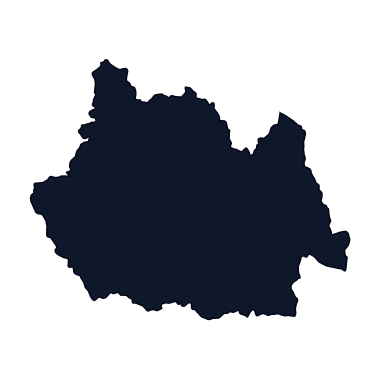 the district of Ha Quang, Cao Bằng, Vietnam, rotated 184°
{"feature_id": "81297802B58374178577075", "entity_name": "Ha Quang", "entity_type": "district", "adm_level": 2, "iso_a3": "VNM", "parent_name": "Vietnam", "parent_adm1": "Cao Bằng", "projection": "robinson", "projection_center": [106.12, 22.894], "detail": "fine", "context": "isolated", "style": "filled", "palette": "ink", "viewbox_px": 384, "rotation_deg": 184, "n_neighbors": 0, "source": "geoboundaries", "source_scale": "gbopen_adm2", "svg_char_len": 5931}
<svg xmlns="http://www.w3.org/2000/svg" viewBox="0 0 384 384"><g transform="rotate(184 192 192)"><path d="M351.7,170.7L351.0,169.7L346.7,161.5L346.0,160.6L343.9,159.6L342.0,159.6L340.2,159.1L339.4,158.6L335.6,153.2L335.2,152.2L335.0,150.1L334.4,148.7L334.2,147.1L333.9,138.8L333.2,137.6L332.3,137.1L329.9,136.8L323.6,128.9L323.0,127.4L323.4,126.2L324.3,124.9L324.4,123.8L324.1,122.8L323.0,121.4L320.1,119.6L315.4,117.7L311.4,117.0L310.8,116.6L310.4,115.4L310.4,109.7L309.6,108.7L308.6,108.3L306.3,109.1L305.7,109.0L305.1,108.0L304.3,104.2L303.6,102.9L301.1,101.5L298.8,101.1L297.4,100.4L296.9,98.8L294.2,95.2L293.1,93.2L292.1,90.1L291.1,88.7L288.5,86.2L285.7,80.5L284.1,78.3L282.1,76.9L281.0,77.5L278.2,80.4L277.4,80.7L276.4,80.7L273.5,79.8L271.4,80.3L270.1,81.3L266.9,85.5L266.1,85.9L265.2,86.0L263.5,85.2L262.8,85.3L259.0,86.8L258.4,86.6L255.9,84.1L252.7,84.4L250.0,84.3L247.3,82.1L244.7,81.3L244.2,80.7L243.9,78.5L243.3,77.3L242.5,77.1L241.3,77.4L240.0,77.2L233.2,75.0L230.8,72.9L228.8,70.7L227.5,70.2L224.9,71.5L221.9,72.1L218.6,71.2L214.3,73.5L214.1,74.0L214.9,76.0L214.8,77.1L214.5,77.8L213.6,78.5L211.3,79.4L210.2,79.7L207.9,79.5L206.1,79.8L201.6,81.6L200.6,81.7L198.0,79.2L197.4,79.1L196.1,79.8L195.3,79.5L194.2,77.8L192.7,77.4L191.4,77.8L188.1,81.1L186.1,81.5L185.2,81.1L184.7,80.4L184.3,76.4L183.5,75.1L180.2,74.8L178.9,72.8L176.8,71.2L175.0,69.2L173.5,68.1L167.3,66.1L165.7,66.1L164.5,66.5L162.5,67.5L157.0,68.1L155.7,68.8L152.2,72.5L150.7,73.4L148.3,73.5L145.8,75.3L144.7,75.4L143.6,75.0L142.3,75.0L140.5,75.7L137.9,77.3L137.1,77.1L136.6,76.7L136.0,74.6L134.9,73.8L129.9,72.5L128.5,71.3L127.9,71.3L125.5,76.6L123.7,78.6L122.4,79.0L121.6,78.4L120.8,77.1L119.6,73.9L118.7,73.1L117.1,73.5L115.3,74.8L112.5,75.8L110.6,75.5L108.1,74.4L107.0,74.4L104.2,75.6L102.0,75.7L97.7,76.7L92.7,75.3L90.4,75.1L87.3,75.6L81.4,75.2L80.8,75.4L80.3,76.7L80.1,78.1L80.7,82.5L80.7,84.5L79.9,88.7L79.2,90.4L79.2,91.9L80.0,93.4L81.6,94.2L84.1,99.0L86.3,101.8L86.7,104.1L86.4,106.1L85.7,107.6L84.4,109.3L81.7,111.3L80.3,113.0L78.5,113.7L78.5,115.4L80.0,118.7L80.5,121.0L80.8,125.2L80.3,127.3L79.5,129.7L78.7,134.2L77.9,135.5L76.5,136.0L75.6,135.9L74.2,135.1L73.3,135.1L72.5,135.7L72.1,137.0L71.2,137.9L70.0,138.3L66.1,136.4L64.2,134.9L60.3,131.0L52.7,127.7L36.9,125.6L35.0,124.3L34.2,124.0L33.9,124.0L33.5,124.6L33.2,126.0L33.0,134.2L32.7,137.5L34.5,139.1L35.1,140.7L35.8,144.3L35.6,145.3L33.0,148.8L32.2,150.6L31.4,154.7L31.4,155.8L33.4,161.5L34.9,163.0L36.0,163.4L38.0,163.1L41.8,162.0L48.7,159.1L49.4,159.3L50.1,160.1L50.5,162.0L51.0,163.3L53.2,167.5L53.2,168.9L51.7,172.7L53.5,177.4L54.8,184.7L56.1,185.7L57.2,187.7L57.9,188.0L60.1,188.5L62.2,191.0L62.7,192.4L62.3,194.2L62.1,198.7L62.4,200.1L63.6,201.5L65.4,202.8L65.8,207.5L66.7,208.4L69.0,209.6L70.6,213.5L72.8,216.4L74.3,219.0L74.9,221.5L75.6,222.6L76.6,223.5L80.8,224.9L81.7,225.9L82.3,228.4L82.2,229.9L81.5,232.2L81.5,234.0L82.6,236.5L83.8,242.3L83.7,245.6L84.2,249.7L84.2,250.7L83.7,252.2L83.0,257.6L83.2,259.4L83.8,260.6L84.4,261.2L86.8,261.8L87.4,264.4L87.7,265.1L90.9,266.1L96.4,270.2L101.5,273.2L105.8,275.5L109.3,276.8L109.6,277.1L110.3,268.8L110.8,265.9L111.9,265.1L114.6,264.5L116.3,262.9L117.2,261.9L117.8,260.2L118.5,256.8L119.5,254.8L123.8,250.5L127.7,250.6L129.3,249.6L129.6,249.2L129.5,247.3L128.6,245.0L128.8,244.5L130.2,243.5L130.5,242.9L130.6,240.0L132.4,238.0L133.0,236.3L133.0,235.4L133.4,234.2L134.9,233.1L136.0,232.7L136.6,232.8L137.1,233.0L137.5,235.2L138.2,236.4L140.2,239.0L141.1,239.7L143.4,237.5L145.0,235.4L145.6,235.4L150.8,237.5L152.7,237.7L155.7,238.6L157.1,239.7L156.3,243.1L156.4,244.2L157.5,245.6L158.8,248.0L158.7,250.5L159.0,253.0L158.7,255.5L158.9,256.2L161.1,257.5L161.2,258.6L162.7,263.5L163.6,264.7L164.7,265.1L169.2,265.2L169.8,265.7L169.8,268.0L170.4,269.8L172.1,272.4L175.9,276.7L176.1,277.5L175.9,279.6L176.4,282.0L177.4,282.4L178.2,282.2L180.3,280.4L181.4,280.0L182.5,282.3L184.3,284.5L185.7,285.5L187.8,284.8L194.9,286.2L194.7,290.1L195.6,291.3L198.3,292.8L199.2,294.0L201.2,295.6L205.1,296.2L205.9,296.0L205.9,294.9L205.1,292.2L205.8,290.0L208.7,286.5L209.6,285.9L214.9,285.9L217.5,286.5L219.3,286.6L221.7,284.3L222.2,284.4L223.8,285.6L227.2,286.4L228.3,287.4L229.4,287.6L235.0,286.4L236.1,285.9L238.7,282.1L240.8,280.2L242.2,278.3L243.1,277.8L245.9,278.3L248.9,278.2L249.9,280.0L250.4,280.3L252.9,279.9L253.8,280.0L254.5,280.7L255.3,281.6L254.9,284.6L255.1,288.0L255.7,290.0L256.6,291.9L257.5,292.6L259.2,292.7L260.2,293.2L262.2,296.6L264.5,297.7L265.1,298.6L265.3,299.8L265.3,302.0L264.6,308.3L265.3,309.6L265.9,310.3L267.1,310.5L268.9,310.2L272.0,309.1L273.4,309.1L277.0,310.6L281.8,313.4L283.5,314.8L285.4,317.5L286.4,317.9L287.3,317.9L288.0,317.4L288.5,316.3L290.0,315.2L292.0,314.4L291.4,311.8L292.1,310.7L294.7,308.0L299.0,304.7L299.6,303.8L299.6,302.1L296.6,297.4L296.3,295.8L295.8,292.1L296.2,284.8L294.7,282.3L296.6,277.2L296.7,274.4L297.3,273.0L297.3,271.7L295.6,270.4L293.3,269.3L293.3,269.1L294.5,268.1L298.4,266.0L299.4,265.2L300.1,263.8L300.1,262.9L299.5,261.8L298.4,260.3L297.4,259.5L296.2,259.3L295.0,259.5L294.1,259.2L292.9,257.5L292.7,256.6L293.0,255.7L293.3,255.1L293.9,254.8L297.1,254.4L298.8,253.3L301.4,252.5L304.0,251.3L306.0,251.3L306.4,251.0L307.2,247.6L309.0,245.7L309.4,244.9L308.9,243.5L307.2,241.9L304.6,238.4L303.3,237.9L301.7,238.1L300.9,238.5L299.8,240.1L299.2,240.5L298.9,240.3L298.5,239.8L298.3,238.3L298.6,235.6L299.0,235.0L302.6,234.1L305.5,232.3L306.3,231.4L307.1,228.3L309.3,225.5L310.1,223.0L310.6,219.7L311.0,218.9L314.4,215.3L315.6,213.2L315.9,208.6L314.2,205.6L314.2,205.0L316.5,203.7L317.7,203.4L318.4,203.0L318.5,202.7L317.0,201.0L315.6,200.1L315.4,199.5L316.2,199.2L323.4,198.8L326.2,197.3L329.4,196.8L333.7,197.6L334.6,197.4L335.3,196.6L336.9,194.0L339.4,192.4L340.2,191.6L341.3,191.0L349.0,189.7L349.6,189.3L350.0,188.8L350.0,188.3L349.3,185.1L349.9,182.8L349.6,179.9L351.6,178.2L352.3,177.2L352.5,176.1L352.6,174.0L351.7,170.7Z" fill="#0f172a" stroke="#020617" stroke-width="1.5"/></g></svg>